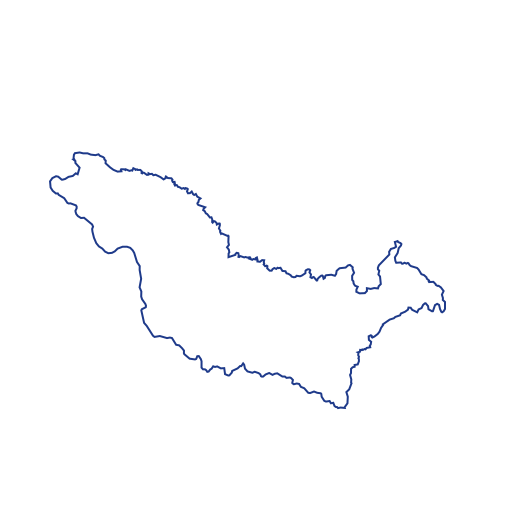 Pedra Branca do Amapari, Amapá, Brazil (Albers equal-area conic projection), rotated 332°
{"feature_id": "56859067B11147941217560", "entity_name": "Pedra Branca do Amapari", "entity_type": "district", "adm_level": 2, "iso_a3": "BRA", "parent_name": "Brazil", "parent_adm1": "Amapá", "projection": "albers", "projection_center": [-52.393, 1.236], "detail": "fine", "context": "isolated", "style": "outline", "palette": "blue", "viewbox_px": 512, "rotation_deg": 332, "n_neighbors": 0, "source": "geoboundaries", "source_scale": "gbopen_adm2", "svg_char_len": 6137}
<svg xmlns="http://www.w3.org/2000/svg" viewBox="0 0 512 512"><g transform="rotate(332 256 256)"><path d="M235.5,220.1L235.6,217.8L236.4,216.9L236.2,214.3L238.6,211.8L239.2,210.4L238.7,209.9L236.2,209.8L236.7,208.3L235.9,206.0L235.1,205.4L233.4,206.2L233.2,205.5L234.5,203.3L234.8,200.9L233.4,200.4L232.6,196.1L231.7,194.7L231.8,192.4L230.9,190.7L231.8,189.8L234.0,189.1L229.0,183.8L228.8,182.3L229.6,181.5L230.4,181.4L231.9,179.6L234.0,179.1L232.0,176.0L232.0,173.0L230.1,173.1L229.5,172.0L229.5,168.9L227.2,169.5L225.4,168.7L225.4,166.6L227.2,164.9L226.9,164.1L225.6,162.9L224.7,163.4L223.9,162.0L222.0,161.7L220.8,159.4L219.5,158.2L219.5,156.5L218.7,155.7L217.6,155.8L217.6,154.0L218.5,153.7L218.9,152.3L217.3,151.7L217.3,150.1L218.1,149.4L217.8,147.7L214.8,145.8L213.8,143.5L213.2,143.9L213.2,144.8L210.4,145.0L208.7,141.5L205.5,137.1L203.3,136.5L202.7,134.6L200.8,133.9L199.9,132.5L199.1,133.7L197.8,133.2L196.2,130.0L195.2,129.1L194.3,129.6L193.9,129.0L194.9,127.7L194.3,125.7L191.8,124.4L191.6,123.6L190.1,123.4L190.2,122.7L188.9,120.9L186.9,122.5L186.4,121.9L184.2,121.4L181.7,118.3L181.0,118.7L180.5,117.7L177.7,116.1L177.1,116.5L176.9,118.0L173.4,116.5L170.6,113.0L168.8,109.3L166.7,103.5L168.1,101.2L167.5,99.6L168.0,98.3L167.4,96.8L165.2,94.2L164.7,92.3L161.6,91.6L157.7,88.9L155.5,86.3L151.7,84.3L148.9,81.8L144.4,80.2L142.8,81.1L140.9,83.9L140.9,85.3L140.1,85.1L141.1,87.4L140.2,89.1L141.7,95.2L136.9,100.1L135.7,98.4L131.8,99.3L127.6,98.1L123.7,98.4L121.0,97.8L120.3,97.4L118.6,93.1L116.9,91.7L112.8,91.6L109.2,93.4L106.8,99.1L107.1,103.0L108.7,106.9L110.4,107.7L110.5,109.4L113.8,114.9L114.4,120.6L115.4,121.8L116.9,122.4L120.8,126.8L120.8,128.3L120.0,129.7L117.8,131.3L117.4,132.4L117.0,134.7L117.5,137.2L119.3,140.3L122.1,141.5L126.1,151.2L125.9,153.6L124.0,155.2L123.0,157.8L121.5,163.8L121.0,169.7L121.8,173.8L123.8,177.3L124.8,181.3L126.9,184.2L130.3,185.6L133.5,185.6L137.3,184.5L142.6,185.2L146.4,187.2L147.9,188.8L148.8,189.8L149.8,193.2L149.9,196.1L148.1,205.4L148.6,210.3L146.7,213.7L143.9,222.2L138.5,229.0L138.1,233.5L135.6,237.9L135.1,240.7L135.8,246.5L135.5,248.3L134.6,249.5L130.2,249.4L129.2,250.2L125.8,262.5L126.7,266.4L127.6,278.0L128.4,279.8L133.5,281.5L138.9,286.7L141.7,287.6L143.3,289.0L143.8,296.9L146.2,298.8L147.4,302.6L148.0,305.7L146.7,308.0L146.6,309.0L149.2,315.5L153.6,318.7L154.9,318.8L157.1,316.9L158.5,317.5L158.9,321.2L158.5,323.4L155.5,329.0L156.0,331.2L157.7,332.1L158.4,333.4L158.6,335.4L159.9,335.8L162.4,334.7L163.8,334.7L166.4,333.3L167.7,334.7L169.9,335.3L172.2,338.7L175.3,340.1L173.2,345.8L175.4,348.5L176.4,348.9L179.9,347.6L181.0,346.3L187.0,346.6L190.3,345.7L191.3,346.3L194.2,344.8L194.5,346.4L193.4,350.3L194.3,353.9L198.0,357.4L200.5,357.6L203.3,360.6L204.2,362.5L204.0,364.5L204.6,365.3L205.7,365.8L208.9,365.1L212.7,365.5L214.8,368.7L217.3,368.8L219.7,369.6L222.7,374.8L224.9,376.0L225.7,377.9L228.9,379.2L229.7,380.3L230.4,382.8L228.4,385.1L228.5,385.7L229.2,387.0L232.1,387.7L234.0,389.2L234.2,392.6L236.5,395.4L237.9,401.3L239.4,402.4L243.6,402.9L245.8,405.5L248.7,407.6L248.9,408.4L247.9,411.1L248.3,416.0L249.5,417.4L252.9,418.6L253.0,421.2L255.3,421.9L254.9,425.4L255.7,426.9L256.7,427.5L257.0,428.8L259.5,429.5L263.0,431.8L263.1,431.2L267.6,429.0L271.0,423.3L271.9,418.6L275.7,417.5L280.6,413.2L280.5,412.5L282.2,409.7L283.2,405.2L284.9,404.0L287.0,400.2L289.1,399.6L291.1,400.1L291.9,398.5L294.9,399.5L297.5,397.2L298.5,395.2L298.4,394.4L299.6,393.4L299.7,391.4L301.1,389.6L300.7,388.9L302.8,389.3L303.9,387.8L305.1,388.7L305.9,388.4L306.3,389.1L308.3,389.1L308.9,389.8L310.5,389.1L314.0,390.2L314.4,388.6L315.7,388.0L317.4,385.8L316.3,383.1L317.8,379.8L320.2,379.9L320.7,380.8L320.1,381.9L320.4,382.6L322.8,382.7L326.9,382.0L329.5,380.8L332.8,378.1L335.8,376.6L335.9,375.9L344.2,374.9L348.5,375.7L350.4,375.2L355.4,376.0L356.9,374.8L361.5,375.2L365.0,374.7L366.4,373.1L368.3,374.3L368.6,376.8L371.9,381.4L374.5,379.5L377.7,379.7L380.6,377.6L382.9,377.1L383.6,377.4L384.4,381.0L383.3,384.0L385.5,387.5L386.3,387.8L391.0,383.4L393.5,383.3L394.7,385.1L393.6,389.2L393.4,392.2L393.9,393.1L395.7,392.9L398.0,391.5L401.3,385.3L400.3,382.5L401.3,380.9L402.0,377.4L405.2,375.0L404.5,370.5L403.2,368.0L402.2,367.6L401.2,365.9L401.4,365.2L400.5,362.1L396.6,360.3L396.6,359.4L397.3,358.9L396.2,356.2L396.5,354.9L395.4,351.8L393.5,349.7L393.2,344.3L392.6,342.2L388.1,337.7L387.4,336.2L387.2,334.0L386.8,333.4L385.2,333.3L384.0,331.7L381.9,331.7L381.2,331.2L380.9,329.7L376.6,327.8L376.8,325.6L378.0,322.4L382.4,319.9L385.7,316.1L388.9,314.8L390.0,313.7L389.7,312.5L388.0,310.3L388.0,309.3L385.2,308.8L384.0,313.6L381.9,313.8L378.4,313.1L375.5,314.8L374.4,317.3L360.1,321.9L358.1,323.6L357.4,325.0L357.9,326.9L355.4,329.8L355.9,332.3L353.0,339.4L350.1,340.3L348.5,341.9L345.3,339.8L341.8,338.9L338.8,336.5L337.5,339.0L334.7,339.9L329.9,337.6L327.8,334.7L328.9,332.8L331.4,330.9L329.6,328.9L329.4,327.8L329.3,326.1L330.1,324.0L329.7,322.3L331.6,318.6L334.7,316.9L335.2,312.6L336.1,311.4L334.8,308.0L332.9,307.5L329.7,308.3L324.2,306.1L323.2,306.2L320.2,307.0L318.3,309.5L316.4,310.5L313.7,307.9L308.8,305.9L307.6,306.3L306.5,307.7L305.0,307.8L305.6,305.0L305.3,304.3L304.3,304.0L301.2,304.6L299.3,305.4L298.6,306.3L298.0,306.1L297.2,301.9L296.7,301.4L295.0,301.7L294.1,300.3L295.9,298.1L295.5,295.6L297.2,294.0L296.9,293.0L295.7,292.1L293.6,292.0L292.8,292.3L291.5,294.4L287.2,294.8L285.4,294.6L282.5,292.5L281.0,293.1L279.4,292.5L277.8,290.9L277.6,289.3L276.2,286.9L274.8,285.6L274.9,283.3L272.3,281.6L272.1,277.9L270.2,277.3L269.5,276.5L267.8,276.9L266.5,275.2L264.4,275.4L262.9,276.3L261.2,275.4L260.1,272.1L261.3,270.3L260.9,269.5L259.3,269.3L258.8,267.0L259.7,266.5L260.0,265.0L261.2,263.6L259.5,262.5L256.8,263.0L254.7,261.5L255.4,260.5L256.1,257.7L254.8,257.7L254.1,258.9L252.2,257.4L250.9,257.6L249.0,255.4L250.1,255.2L250.0,254.2L247.7,253.4L246.2,251.9L244.9,251.7L242.2,248.8L240.6,249.0L240.1,248.5L241.1,247.3L241.7,245.2L240.4,244.1L238.8,244.6L238.3,245.3L231.2,244.1L233.0,240.9L234.2,240.2L235.0,237.5L234.5,234.7L237.3,233.5L238.1,230.7L241.1,225.6L240.9,224.9L240.2,224.8L236.4,220.0L235.5,220.1Z" fill="none" stroke="#1e3a8a" stroke-width="2"/></g></svg>